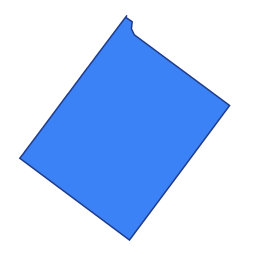 the district of St. Joseph, Michigan, United States of America, rotated 127°
{"feature_id": "52423323B59966330361509", "entity_name": "St. Joseph", "entity_type": "district", "adm_level": 2, "iso_a3": "USA", "parent_name": "United States of America", "parent_adm1": "Michigan", "projection": "robinson", "projection_center": [-85.583, 41.915], "detail": "fine", "context": "isolated", "style": "filled", "palette": "blue", "viewbox_px": 256, "rotation_deg": 127, "n_neighbors": 0, "source": "geoboundaries", "source_scale": "gbopen_adm2", "svg_char_len": 545}
<svg xmlns="http://www.w3.org/2000/svg" viewBox="0 0 256 256"><g transform="rotate(127 128 128)"><path d="M48.9,60.4L49.8,179.1L46.7,185.0L40.6,188.6L41.0,196.4L38.7,196.6L44.5,196.6L44.8,196.6L53.3,196.6L53.5,196.6L62.6,196.6L85.8,196.6L89.0,196.6L90.1,196.6L95.4,196.5L98.2,196.6L99.1,196.6L104.2,196.5L104.4,196.6L136.4,196.4L137.2,196.5L167.1,196.3L168.9,196.3L186.2,196.2L196.6,196.2L203.6,196.2L208.1,196.2L211.6,196.1L215.1,196.2L217.3,196.2L216.6,59.4L132.5,59.8L48.9,60.4Z" fill="#3b82f6" stroke="#1e3a8a" stroke-width="1.5"/></g></svg>